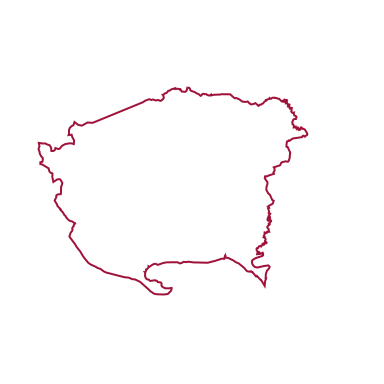 the district of Tubará, Atlántico, Colombia, rotated 242°
{"feature_id": "7082276B89966786375861", "entity_name": "Tubará", "entity_type": "district", "adm_level": 2, "iso_a3": "COL", "parent_name": "Colombia", "parent_adm1": "Atlántico", "projection": "orthographic", "projection_center": [-75.005, 10.899], "detail": "fine", "context": "isolated", "style": "outline", "palette": "rose", "viewbox_px": 384, "rotation_deg": 242, "n_neighbors": 0, "source": "geoboundaries", "source_scale": "gbopen_adm2", "svg_char_len": 6037}
<svg xmlns="http://www.w3.org/2000/svg" viewBox="0 0 384 384"><g transform="rotate(242 192 192)"><path d="M269.1,254.6L268.9,252.8L270.2,251.2L271.9,250.4L272.4,249.0L273.0,248.7L273.5,247.9L273.5,246.7L272.8,245.6L272.9,244.7L275.5,243.7L276.9,242.4L278.8,241.4L281.9,238.6L282.7,238.3L284.2,238.7L285.3,238.4L286.3,236.9L284.0,234.8L283.6,233.1L285.5,230.1L288.4,230.0L289.1,229.2L288.4,229.7L288.1,229.3L289.8,228.0L290.8,225.7L291.5,226.0L291.8,225.4L291.6,224.5L292.1,223.3L292.3,221.9L292.0,219.8L292.5,218.7L291.4,215.9L291.8,214.1L291.4,212.9L291.5,211.8L291.0,212.0L288.5,211.4L287.5,209.8L287.2,207.4L287.3,206.8L289.2,205.3L289.7,203.1L292.0,201.0L292.4,199.2L293.9,197.9L294.1,197.3L294.6,193.3L294.3,190.8L299.7,136.8L302.4,132.4L302.3,125.9L304.9,122.9L309.0,121.1L306.6,118.6L306.7,116.6L305.9,114.1L304.5,112.5L301.4,110.9L300.2,109.7L299.1,112.6L296.8,112.1L293.3,112.1L292.2,111.7L289.8,110.1L291.2,108.8L292.5,106.7L293.8,102.6L293.8,98.8L292.3,95.4L292.6,94.3L294.9,92.0L293.9,91.2L293.4,90.3L293.3,89.0L293.7,88.0L294.3,87.1L297.3,88.4L300.2,88.2L301.9,86.5L303.8,85.2L305.1,82.6L307.3,79.8L303.8,78.7L302.5,77.1L301.5,76.5L298.9,76.3L298.1,75.8L297.1,75.6L294.3,75.6L292.3,76.2L291.2,75.8L289.1,74.4L289.0,73.4L289.5,72.1L287.9,71.2L286.7,72.6L280.2,76.5L278.0,75.9L276.7,75.8L275.5,76.2L274.1,77.4L273.5,77.4L271.2,75.8L265.9,74.3L266.4,78.9L265.6,80.9L264.9,81.5L263.9,81.7L260.9,81.8L259.2,80.3L258.1,78.9L252.7,75.9L251.7,75.0L252.9,72.4L252.8,70.9L252.3,70.3L251.5,70.2L248.9,66.7L244.0,67.0L242.9,66.6L238.5,67.9L238.3,67.4L234.3,68.5L231.5,68.5L230.1,69.1L228.8,69.0L226.5,69.5L224.1,70.4L222.3,72.3L219.4,73.8L219.0,74.9L218.9,73.0L218.1,71.8L217.4,71.5L216.7,69.8L216.2,69.2L214.9,68.9L214.1,68.1L212.9,65.6L210.2,62.8L201.1,64.2L197.3,64.4L192.0,65.4L187.0,65.6L183.4,66.1L178.1,67.2L175.7,68.4L171.4,71.7L169.2,73.0L167.2,75.0L163.2,76.9L161.2,78.4L148.5,92.3L146.1,95.9L143.0,98.4L141.7,100.5L139.9,101.9L137.0,104.0L125.7,108.2L124.7,108.3L120.1,110.7L118.1,113.1L114.8,118.9L113.3,122.7L114.6,127.0L115.7,128.3L116.9,128.9L117.9,126.1L119.7,123.0L122.2,121.3L123.7,121.1L125.5,122.2L126.8,122.0L128.5,119.5L129.5,119.5L130.4,119.1L130.8,118.2L131.5,117.9L133.0,113.5L133.8,112.9L134.9,112.8L136.0,111.3L137.5,110.8L139.7,111.0L142.7,112.8L143.5,112.7L143.2,113.3L144.6,115.0L145.1,115.1L144.9,115.8L145.8,118.3L146.7,118.7L145.9,119.1L146.3,122.2L146.3,124.7L145.6,126.2L143.7,127.6L142.9,133.1L141.8,136.6L136.8,146.2L134.7,147.7L134.2,149.4L134.3,151.8L132.9,153.8L132.1,156.2L129.3,160.0L122.2,172.6L120.3,180.2L119.1,187.1L117.9,189.0L120.9,191.9L120.0,191.5L120.2,192.0L119.2,191.0L119.8,191.2L119.1,190.4L118.5,190.3L117.5,192.1L116.4,193.3L112.1,196.4L109.5,197.7L107.1,199.7L100.4,202.5L97.2,203.1L96.1,203.6L94.7,205.3L94.5,206.3L94.1,206.5L94.2,206.9L93.1,207.3L93.0,207.8L91.8,207.8L91.5,208.1L87.5,208.8L87.1,209.3L87.4,209.9L81.9,211.4L81.8,211.7L75.0,212.1L79.3,215.0L80.6,216.6L81.1,217.0L81.4,216.6L84.9,218.7L87.3,221.2L88.4,224.2L89.4,225.4L91.3,225.0L92.7,221.3L94.6,214.3L96.2,212.4L97.9,211.6L100.1,211.5L102.0,212.0L103.3,213.0L103.7,215.0L103.7,217.4L102.5,224.1L102.7,225.0L103.2,225.3L103.5,225.0L104.3,225.9L105.2,225.9L105.3,223.3L106.5,220.3L107.2,220.8L106.9,223.2L107.5,223.1L108.8,221.8L110.5,221.8L111.7,222.5L111.9,223.2L111.5,224.0L112.6,225.6L112.3,226.6L111.5,227.3L112.2,227.9L111.8,229.3L113.2,230.0L113.1,230.8L111.9,230.6L111.7,230.9L112.5,232.1L111.9,233.3L112.1,234.0L112.9,234.0L113.1,233.6L112.9,233.0L113.4,232.8L114.8,233.7L115.3,234.6L116.1,234.9L116.7,234.9L118.2,234.1L118.3,234.9L118.9,234.5L119.5,234.7L120.9,236.8L121.6,236.7L122.2,237.1L120.8,238.8L120.9,239.2L121.5,239.2L121.6,239.7L120.7,241.5L122.0,241.5L123.2,242.3L124.5,241.9L125.7,241.9L126.4,243.0L126.8,245.3L127.0,245.5L127.9,244.9L128.9,247.9L129.5,248.4L130.9,247.9L130.6,246.1L131.3,245.5L132.4,245.8L132.9,246.6L132.9,247.8L132.4,248.7L133.6,249.1L134.2,248.6L134.2,247.7L135.3,248.9L135.6,250.3L136.1,250.9L137.0,249.9L137.5,249.8L138.6,251.0L141.6,251.4L141.7,252.7L143.0,252.6L143.0,252.2L143.4,252.0L143.7,253.1L143.8,257.8L145.9,260.0L147.4,259.1L152.8,259.5L154.9,258.7L158.9,258.6L161.5,260.1L163.5,262.2L165.1,263.2L170.0,262.7L171.5,263.9L171.3,264.6L170.6,265.3L170.6,267.1L169.6,273.0L171.1,273.1L171.9,274.7L172.5,275.2L174.2,275.9L175.4,275.8L174.3,281.8L174.5,282.8L175.7,284.1L176.0,285.4L175.2,288.9L173.7,290.9L174.1,292.0L176.1,294.1L180.8,297.2L186.8,297.6L187.5,296.7L189.6,297.7L192.0,299.6L191.8,300.8L192.1,301.8L191.4,302.2L191.9,305.1L191.8,306.5L188.8,314.9L189.5,316.0L189.4,316.8L187.9,317.6L188.3,318.3L188.2,320.1L188.8,320.9L189.4,321.2L194.0,321.0L195.4,320.1L195.7,319.5L197.7,318.9L197.8,318.6L196.9,318.0L197.4,317.4L197.3,317.0L196.3,316.7L196.5,315.5L197.1,315.2L198.1,315.8L199.3,315.7L199.2,314.4L198.5,314.5L198.4,314.0L199.1,313.9L201.0,314.3L200.9,313.1L201.2,312.1L202.9,313.1L203.6,313.1L204.6,312.6L205.7,313.2L206.6,313.3L208.4,315.6L208.3,316.7L207.7,318.0L208.4,318.4L208.9,319.5L209.9,319.5L211.6,318.3L213.7,318.7L214.3,319.3L214.8,317.7L216.5,317.4L217.3,318.3L218.4,318.7L219.3,319.6L219.6,319.3L219.1,319.1L219.6,317.6L222.0,317.8L222.6,317.4L222.2,317.1L222.5,316.8L223.1,317.3L222.9,318.0L222.4,318.2L223.4,319.1L223.7,318.8L223.6,317.5L224.7,317.9L225.7,317.6L226.2,316.4L226.8,316.7L227.2,316.6L227.3,317.0L226.5,317.6L226.8,318.0L227.5,318.2L228.2,318.9L228.7,318.9L229.2,318.0L229.3,316.5L230.0,317.1L230.2,316.9L229.6,315.6L228.7,316.1L228.8,314.8L230.0,314.4L230.0,313.7L233.5,312.6L234.1,311.6L235.7,310.3L236.0,309.4L236.5,309.2L237.5,307.2L237.2,305.5L237.6,305.0L238.5,304.6L237.9,304.0L238.4,302.0L238.1,301.2L238.4,300.6L237.8,300.5L237.9,298.8L236.8,296.2L237.0,295.0L236.7,294.0L237.3,292.6L236.8,291.2L237.3,290.8L238.5,290.6L240.7,289.7L240.9,287.3L241.6,285.3L242.2,284.8L243.1,284.7L243.5,284.2L245.7,283.7L246.4,281.5L248.1,279.0L251.7,277.2L254.1,275.3L254.5,274.1L255.4,273.4L260.4,271.5L264.4,264.1L264.8,262.7L267.7,256.7L268.2,254.4L269.1,254.6Z" fill="none" stroke="#9f1239" stroke-width="2"/></g></svg>